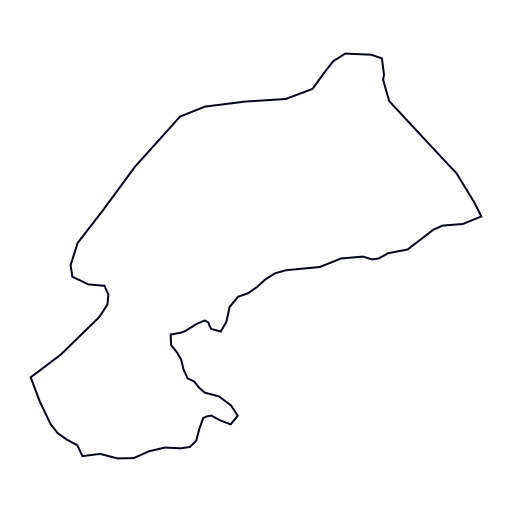 outline of Karaman
{"feature_id": "TUR-3012", "entity_name": "Karaman", "entity_type": "Province", "adm_level": 1, "iso_a3": "TUR", "parent_name": "Turkey", "parent_adm1": "", "projection": "orthographic", "projection_center": [33.206, 37.039], "detail": "fine", "context": "isolated", "style": "outline", "palette": "ink", "viewbox_px": 512, "rotation_deg": 0, "n_neighbors": 0, "source": "natural_earth", "source_scale": "10m", "svg_char_len": 1184}
<svg xmlns="http://www.w3.org/2000/svg" viewBox="0 0 512 512"><path d="M345.2,53.6L371.0,54.7L381.9,58.4L384.0,74.7L383.1,79.8L389.2,101.1L419.3,133.5L440.8,156.6L456.6,173.4L474.8,203.3L481.3,216.5L462.7,224.0L442.5,225.6L433.1,229.9L407.6,249.5L388.2,253.2L378.6,258.5L372.1,259.4L362.9,256.6L340.9,258.5L319.8,267.0L286.1,270.2L275.1,273.3L265.6,279.2L257.0,287.0L248.0,293.3L238.1,296.7L229.6,307.0L226.4,321.8L220.7,331.5L211.1,328.9L209.1,324.8L208.4,322.5L204.8,320.5L197.0,323.7L185.0,331.2L180.7,332.7L170.6,334.6L171.2,345.4L176.8,352.1L181.2,359.8L183.6,369.6L187.6,378.3L194.2,381.5L199.2,387.9L204.9,392.7L219.0,396.4L231.2,405.6L237.7,415.7L230.7,424.4L220.4,420.5L211.1,415.5L207.0,416.4L203.2,418.0L199.4,428.7L196.2,440.7L189.8,447.0L181.0,448.3L164.6,447.6L148.9,451.3L133.6,458.1L117.5,458.4L100.1,453.9L82.5,456.1L77.3,445.3L66.7,439.5L57.7,433.2L50.5,424.0L39.7,401.3L30.7,377.3L60.8,354.6L99.2,317.1L107.4,304.6L108.4,294.6L104.4,285.8L88.4,284.4L72.4,276.8L70.6,265.2L77.6,243.0L102.8,210.5L135.0,166.7L166.3,131.9L180.0,116.6L204.9,106.6L244.8,101.6L285.6,99.0L312.5,88.9L325.3,71.3L333.2,61.2L345.2,53.6Z" fill="none" stroke="#020617" stroke-width="2"/></svg>